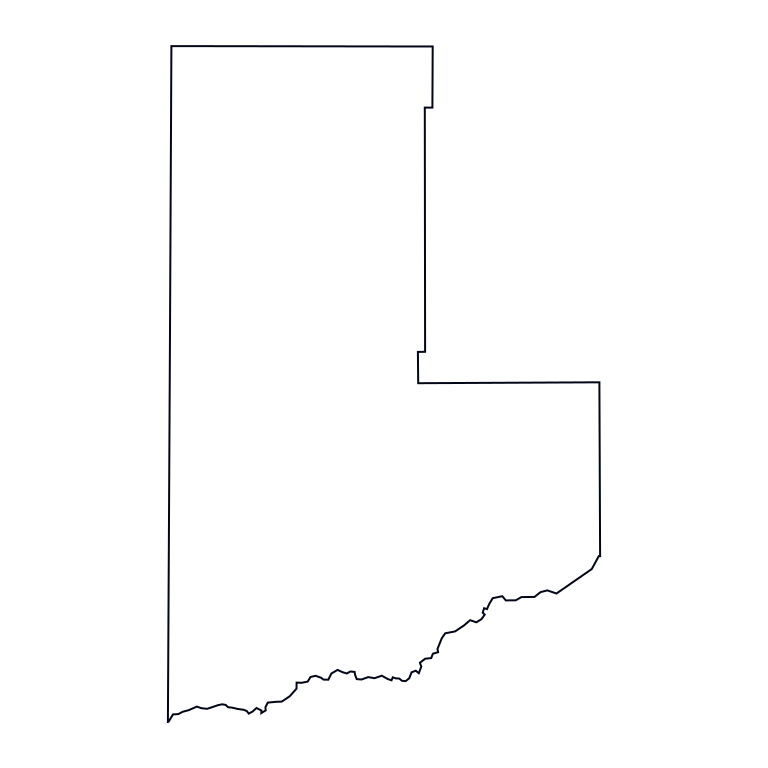 Ziebach, South Dakota, United States of America
{"feature_id": "52423323B99291223810848", "entity_name": "Ziebach", "entity_type": "district", "adm_level": 2, "iso_a3": "USA", "parent_name": "United States of America", "parent_adm1": "South Dakota", "projection": "orthographic", "projection_center": [-101.612, 44.992], "detail": "fine", "context": "isolated", "style": "outline", "palette": "ink", "viewbox_px": 768, "rotation_deg": 0, "n_neighbors": 0, "source": "geoboundaries", "source_scale": "gbopen_adm2", "svg_char_len": 1349}
<svg xmlns="http://www.w3.org/2000/svg" viewBox="0 0 768 768"><path d="M169.9,351.5L167.9,721.9L168.5,721.8L173.0,714.4L178.3,714.1L182.6,711.8L188.6,710.2L196.9,706.6L201.4,708.2L207.2,708.8L212.1,707.2L217.9,705.2L222.1,704.3L225.7,704.9L228.0,707.2L231.9,707.6L237.5,708.9L243.8,709.8L246.8,711.1L248.8,713.6L252.6,711.5L256.5,708.0L261.4,710.5L261.3,713.1L265.7,710.4L265.4,707.3L267.8,702.6L276.2,701.8L281.8,701.6L289.8,696.2L296.5,688.6L296.6,682.6L301.6,682.8L307.7,681.6L310.5,677.0L315.6,675.8L321.0,677.7L323.5,679.6L328.3,679.7L331.4,673.5L337.6,669.9L342.3,672.1L346.8,673.5L350.3,671.5L354.6,671.9L355.1,674.9L356.7,679.1L361.5,679.5L368.2,677.1L374.5,678.2L381.8,675.7L387.7,679.0L391.5,680.3L392.8,677.3L395.4,678.3L399.4,678.6L401.9,680.8L405.7,681.1L409.2,678.3L411.6,672.3L415.8,670.7L418.8,673.2L421.3,666.6L419.9,662.7L425.2,658.7L431.2,658.1L432.9,653.7L438.1,652.2L437.5,648.9L441.8,638.2L445.2,633.3L455.1,631.4L464.3,625.2L470.1,620.2L476.4,622.3L481.5,619.1L484.7,614.6L482.7,612.7L484.1,608.2L487.0,609.1L489.2,604.0L492.7,598.2L502.3,596.2L505.8,600.4L515.7,600.3L521.4,597.1L534.5,596.9L540.6,592.1L547.3,590.4L556.5,593.5L591.8,569.0L598.8,556.1L600.1,556.1L599.4,382.3L418.2,383.2L417.9,351.9L425.1,351.8L424.8,107.6L432.4,107.6L432.7,46.5L171.4,46.1L169.9,351.5Z" fill="none" stroke="#020617" stroke-width="2"/></svg>